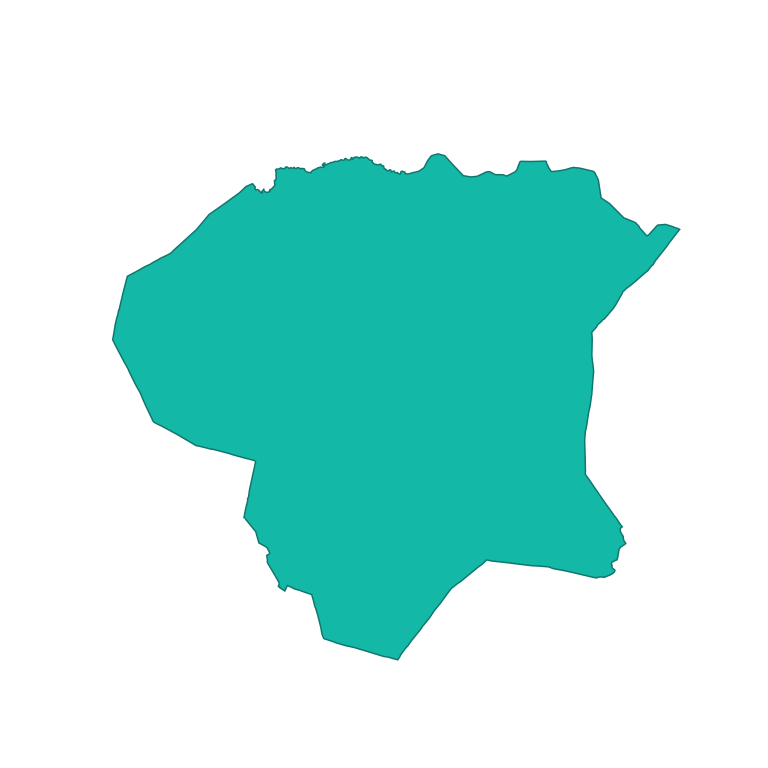 outline of Riebiņu pag., Riebinu, Latvia, rotated 16°
{"feature_id": "27541924B17369657995455", "entity_name": "Riebiņu pag.", "entity_type": "district", "adm_level": 2, "iso_a3": "LVA", "parent_name": "Latvia", "parent_adm1": "Riebinu", "projection": "mercator", "projection_center": [26.752, 56.344], "detail": "fine", "context": "isolated", "style": "filled", "palette": "teal", "viewbox_px": 768, "rotation_deg": 16, "n_neighbors": 0, "source": "geoboundaries", "source_scale": "gbopen_adm2", "svg_char_len": 6170}
<svg xmlns="http://www.w3.org/2000/svg" viewBox="0 0 768 768"><g transform="rotate(16 384 384)"><path d="M107.6,351.2L108.0,367.4L108.8,383.9L108.9,385.0L109.1,385.4L108.8,385.4L108.6,386.3L109.0,390.7L108.9,393.7L109.3,401.8L109.6,403.4L111.0,416.1L111.1,416.4L114.3,419.9L127.6,433.9L133.6,439.8L136.5,443.3L145.5,453.2L152.2,459.8L156.3,465.0L160.9,470.5L172.2,483.3L173.3,484.1L177.5,485.0L181.6,485.7L198.5,489.4L220.4,495.0L220.6,494.9L228.0,494.5L236.6,494.3L237.1,493.9L254.2,493.5L258.4,493.7L268.7,493.6L280.9,493.3L282.0,494.0L283.9,522.9L284.9,529.9L284.5,532.2L285.0,533.1L285.3,537.1L285.3,537.3L285.1,537.7L285.3,537.9L285.4,539.9L285.4,542.1L286.2,550.8L286.6,550.6L289.2,552.8L301.4,561.3L307.6,571.3L312.3,572.3L316.5,573.4L320.7,577.7L320.4,579.3L318.5,581.1L320.3,584.9L320.9,587.0L321.2,587.9L334.1,600.1L337.8,603.8L338.4,605.3L338.2,607.6L339.9,608.1L339.9,608.5L345.7,610.3L346.2,606.8L346.7,604.4L351.7,605.0L353.6,605.6L358.7,605.6L372.6,606.4L375.6,611.2L378.5,616.4L380.7,619.3L383.7,623.9L390.4,635.5L393.3,641.5L396.3,645.3L406.0,645.7L408.9,646.0L419.2,646.1L428.1,645.5L458.6,646.0L463.2,645.4L470.5,645.4L473.3,645.3L474.3,642.0L474.8,639.3L477.6,632.0L479.1,629.0L481.2,622.9L481.2,623.0L486.2,611.3L487.6,607.5L487.9,605.7L488.4,605.1L492.1,596.6L494.8,588.1L498.6,579.3L502.1,569.7L505.0,562.1L509.8,555.4L512.0,552.9L524.8,534.3L528.1,530.1L531.2,524.8L536.6,524.4L548.0,522.4L575.7,518.0L585.0,515.9L589.4,515.1L592.4,514.4L597.7,514.8L611.3,513.5L639.8,512.1L641.6,511.6L642.0,511.8L642.4,511.3L643.9,510.2L646.7,509.4L648.6,509.2L649.5,508.8L651.9,506.8L652.8,506.2L655.0,504.3L656.7,502.2L657.1,501.4L657.4,500.0L657.3,499.4L657.1,499.2L654.2,498.0L653.6,497.1L653.3,495.6L652.2,494.3L652.1,493.0L652.1,492.7L652.8,491.9L653.8,491.1L655.3,489.6L656.0,489.1L656.3,489.0L656.3,488.7L656.5,488.1L656.5,487.3L655.6,478.3L655.7,477.2L656.4,475.7L660.3,470.9L660.4,470.7L657.7,468.3L656.6,466.7L656.4,465.5L655.8,464.4L653.6,462.5L652.6,461.3L651.8,460.6L651.5,459.6L651.1,458.1L651.4,456.9L652.4,455.6L652.2,455.5L650.7,454.5L644.5,449.2L641.6,447.1L626.4,435.0L607.4,419.3L602.4,415.4L601.8,412.8L601.0,410.0L592.3,382.5L590.7,374.1L590.4,369.2L588.5,354.5L588.2,348.2L586.7,338.0L586.8,337.7L583.4,321.2L582.1,314.3L580.1,309.2L577.5,303.3L575.9,299.2L571.8,283.5L569.5,277.1L572.7,270.4L572.7,268.8L576.0,263.5L576.6,262.0L577.9,260.7L582.4,250.7L583.3,249.0L585.0,243.7L588.0,231.2L588.2,229.1L589.1,228.2L590.3,225.8L594.5,220.3L600.0,211.9L603.1,207.2L603.7,206.0L606.2,202.7L608.9,196.0L609.6,195.7L610.8,191.0L618.1,173.2L619.2,169.7L625.6,153.9L623.7,153.6L621.1,153.5L617.2,153.1L610.6,153.0L603.3,155.8L602.2,157.7L601.2,160.0L600.2,161.8L597.5,167.4L596.3,168.8L595.9,168.9L595.0,168.7L586.6,163.4L585.8,162.3L581.5,159.7L580.3,159.4L568.7,158.2L551.1,148.4L541.4,145.3L533.8,128.8L528.1,122.5L527.1,122.1L526.2,121.9L512.9,122.5L506.2,123.7L503.2,125.4L499.1,128.1L493.2,131.0L486.7,133.6L486.1,133.6L483.1,131.0L479.5,127.1L478.8,125.7L478.3,125.3L477.9,125.2L463.7,129.7L454.2,132.2L453.5,132.8L452.8,138.8L452.9,140.4L451.9,143.5L451.5,144.0L445.1,149.9L444.1,150.4L440.8,150.0L433.7,152.0L432.0,151.9L428.4,151.0L426.7,150.9L426.0,151.1L424.6,151.7L423.2,152.5L421.7,154.0L416.2,158.7L410.6,161.0L402.8,161.9L388.0,153.2L379.5,147.8L372.7,147.9L372.3,148.0L367.4,151.0L366.5,151.8L365.0,155.7L364.3,157.6L363.1,164.0L362.8,165.1L359.7,168.9L358.4,170.2L351.7,173.9L350.3,175.0L349.6,175.4L347.0,176.0L346.7,175.9L346.0,174.9L345.6,174.6L342.9,174.4L342.4,174.6L341.9,175.1L341.8,175.5L341.8,177.5L341.4,178.0L340.1,177.8L339.0,177.2L338.4,177.1L337.3,177.8L336.8,177.8L335.9,177.4L335.4,176.6L335.1,176.5L334.4,176.7L333.2,178.0L332.6,178.0L331.5,176.5L330.8,176.4L330.1,176.8L329.5,177.9L329.0,178.2L327.6,177.8L326.8,177.2L326.3,177.0L325.4,177.3L325.2,177.2L324.9,177.0L323.9,175.4L323.7,174.9L323.5,174.6L322.7,174.5L321.8,174.9L321.6,174.9L320.7,173.8L320.1,173.7L319.4,173.9L317.3,175.3L316.8,175.3L315.9,175.0L314.5,175.4L314.1,175.4L312.6,174.4L311.8,174.2L311.4,173.8L311.2,172.8L311.0,172.4L310.3,172.4L309.0,172.6L308.1,172.5L305.6,171.2L304.5,170.9L303.2,171.3L301.9,172.4L300.3,171.8L299.3,172.0L298.9,172.4L298.6,173.3L298.4,173.5L296.4,173.3L294.9,173.4L293.5,174.0L292.7,174.6L292.4,175.2L292.1,176.2L291.9,176.5L291.3,176.5L290.7,175.3L290.2,175.4L290.0,177.0L289.8,177.5L289.5,177.9L288.5,178.5L286.9,178.6L285.4,177.9L284.8,177.8L284.4,178.1L284.2,178.5L284.2,179.2L284.0,179.7L283.2,180.1L280.9,180.3L280.4,180.6L280.0,181.4L279.1,181.9L277.9,182.8L275.2,183.7L273.7,185.1L271.5,185.9L270.7,187.1L269.3,187.9L268.0,189.5L267.5,189.6L267.3,189.3L266.5,188.7L266.3,188.0L266.0,188.0L265.4,188.4L264.8,189.1L264.4,189.9L264.4,190.3L264.7,190.8L265.0,191.0L266.0,190.8L266.4,191.0L266.6,191.5L266.5,191.9L265.1,192.9L263.1,193.0L262.2,193.7L260.7,194.6L260.4,194.9L259.9,195.7L258.5,196.6L258.0,197.3L256.9,198.0L256.4,198.5L255.7,199.9L255.7,200.9L254.8,201.0L254.5,201.2L253.1,201.5L252.1,201.3L251.2,201.5L249.4,200.7L249.1,200.4L248.4,199.4L247.7,199.0L247.0,199.4L246.0,199.2L245.5,199.7L245.0,199.7L244.4,200.2L242.9,199.7L242.0,199.7L241.2,199.9L240.8,200.3L240.6,200.8L240.2,201.1L239.5,201.3L238.0,200.6L237.7,200.6L237.5,201.1L236.5,201.9L236.1,201.9L234.9,201.7L233.6,202.8L233.2,203.0L231.8,202.3L230.9,202.1L230.1,202.3L229.4,203.2L229.1,204.4L228.7,204.6L226.6,205.0L225.6,204.7L225.0,204.8L223.7,206.3L222.3,206.7L221.2,207.2L221.0,207.5L220.8,208.2L221.0,208.6L222.1,210.8L222.4,211.6L222.3,212.0L222.7,213.2L223.4,215.2L223.8,216.0L223.6,217.0L223.0,218.8L222.7,218.8L223.7,221.7L224.3,222.5L224.1,223.5L222.9,226.2L222.2,227.5L220.6,229.0L220.6,229.4L221.3,230.3L221.1,230.7L218.5,232.1L217.8,232.2L216.3,231.9L214.9,230.6L214.7,230.1L213.5,232.7L213.5,232.9L214.2,233.2L214.4,233.6L213.9,234.1L213.3,234.1L212.1,233.6L210.9,232.5L210.2,232.2L208.7,232.0L207.1,232.8L206.6,232.6L206.3,232.2L206.0,230.4L205.6,229.8L202.4,227.7L196.8,232.4L192.5,239.8L180.5,255.2L169.2,269.2L162.4,284.5L160.9,287.7L145.7,312.2L143.1,316.8L141.0,319.0L134.2,325.0L132.1,327.3L128.4,330.8L126.2,333.4L121.7,337.2L114.7,344.4L107.6,351.2Z" fill="#14b8a6" stroke="#0f766e" stroke-width="1.5"/></g></svg>